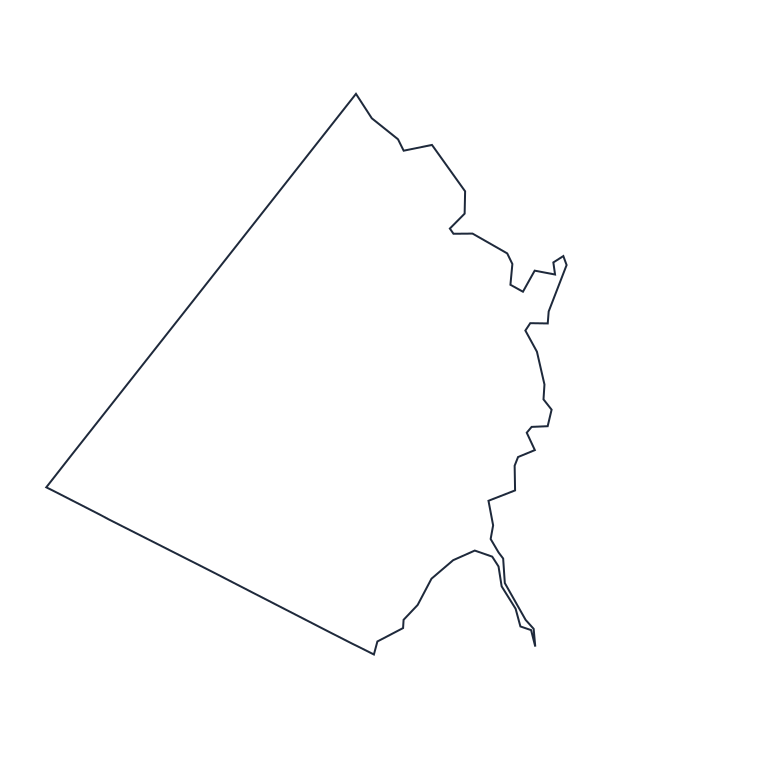 Halifax, Virginia, United States of America (Albers equal-area conic projection), rotated 27°
{"feature_id": "52423323B86622272902322", "entity_name": "Halifax", "entity_type": "district", "adm_level": 2, "iso_a3": "USA", "parent_name": "United States of America", "parent_adm1": "Virginia", "projection": "albers", "projection_center": [-78.814, 36.802], "detail": "fine", "context": "isolated", "style": "outline", "palette": "slate", "viewbox_px": 768, "rotation_deg": 27, "n_neighbors": 0, "source": "geoboundaries", "source_scale": "gbopen_adm2", "svg_char_len": 1077}
<svg xmlns="http://www.w3.org/2000/svg" viewBox="0 0 768 768"><g transform="rotate(27 384 384)"><path d="M130.0,629.4L136.8,629.3L137.4,629.3L190.8,629.4L191.1,629.4L200.1,629.6L201.2,629.6L311.7,629.3L317.3,629.3L318.2,629.3L339.8,629.4L360.1,629.5L360.8,629.5L450.6,629.8L474.0,629.8L479.4,629.7L497.8,629.6L495.0,616.4L511.8,592.8L508.5,585.2L514.3,565.6L514.7,535.9L525.6,509.6L540.5,491.2L558.8,488.7L568.9,494.6L580.7,510.9L603.3,524.5L615.6,538.1L626.8,536.5L638.0,549.3L628.5,534.2L617.3,529.9L582.0,506.5L569.4,485.4L562.6,482.1L549.4,473.7L545.4,460.4L530.1,440.6L549.1,419.3L537.5,397.5L536.6,388.2L548.4,374.4L533.3,362.6L535.0,355.2L549.0,347.3L545.0,330.8L533.1,325.3L527.2,311.6L505.6,285.8L485.7,272.2L486.7,263.4L502.4,255.7L497.8,244.6L492.7,195.1L485.7,188.6L479.7,198.8L486.7,208.8L466.8,214.6L465.9,238.7L451.6,238.2L443.9,218.8L434.5,211.7L394.6,209.8L377.7,218.6L372.1,215.6L378.5,195.6L368.8,175.5L318.2,149.2L295.6,167.2L285.4,159.6L252.5,152.8L227.3,138.2L176.7,393.7L137.3,591.9L130.0,629.4Z" fill="none" stroke="#1e293b" stroke-width="2"/></g></svg>